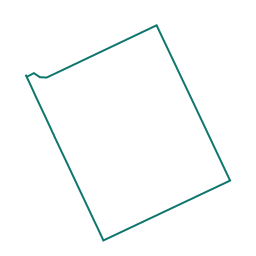 outline of St. Joseph, Michigan, United States of America, rotated 65°
{"feature_id": "52423323B59966330361509", "entity_name": "St. Joseph", "entity_type": "district", "adm_level": 2, "iso_a3": "USA", "parent_name": "United States of America", "parent_adm1": "Michigan", "projection": "robinson", "projection_center": [-85.583, 41.915], "detail": "fine", "context": "isolated", "style": "outline", "palette": "teal", "viewbox_px": 256, "rotation_deg": 65, "n_neighbors": 0, "source": "geoboundaries", "source_scale": "gbopen_adm2", "svg_char_len": 528}
<svg xmlns="http://www.w3.org/2000/svg" viewBox="0 0 256 256"><g transform="rotate(65 128 128)"><path d="M47.0,58.7L47.9,180.4L44.7,186.4L38.5,190.1L38.9,198.1L36.5,198.3L42.5,198.2L42.8,198.2L51.5,198.2L61.0,198.3L84.7,198.2L88.0,198.2L89.2,198.2L94.6,198.2L97.5,198.2L98.4,198.3L103.6,198.2L103.9,198.3L136.6,198.1L137.5,198.1L168.1,198.0L169.9,198.0L187.6,197.9L198.3,197.9L205.4,197.8L210.0,197.8L213.7,197.8L217.2,197.8L219.5,197.9L218.8,57.7L132.6,58.1L47.0,58.7Z" fill="none" stroke="#0f766e" stroke-width="2"/></g></svg>